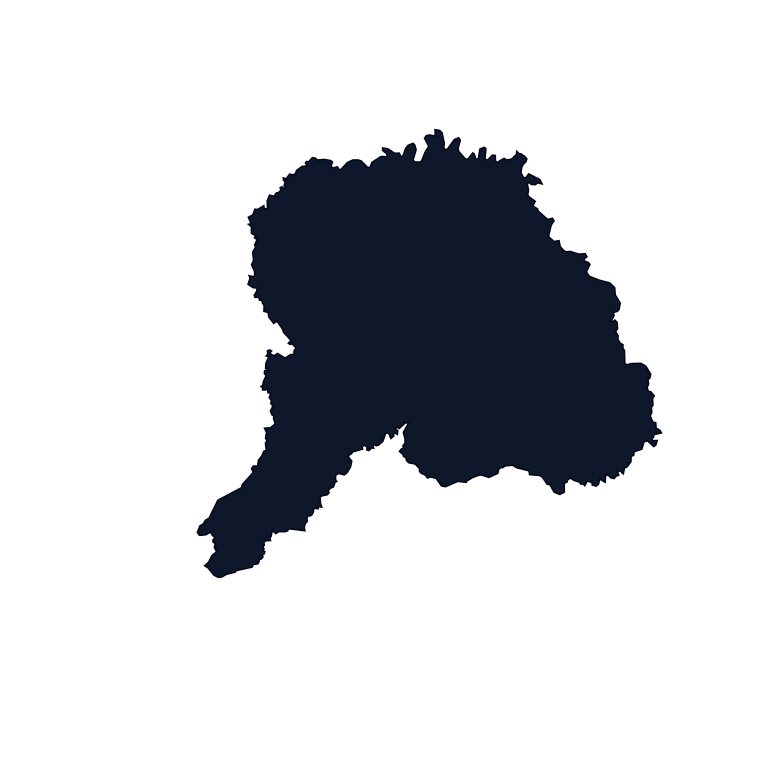 the district of Doverlândia, Goiás, Brazil, rotated 50°
{"feature_id": "56859067B97324258200448", "entity_name": "Doverlândia", "entity_type": "district", "adm_level": 2, "iso_a3": "BRA", "parent_name": "Brazil", "parent_adm1": "Goiás", "projection": "albers", "projection_center": [-52.503, -16.899], "detail": "fine", "context": "isolated", "style": "filled", "palette": "ink", "viewbox_px": 768, "rotation_deg": 50, "n_neighbors": 0, "source": "geoboundaries", "source_scale": "gbopen_adm2", "svg_char_len": 6171}
<svg xmlns="http://www.w3.org/2000/svg" viewBox="0 0 768 768"><g transform="rotate(50 384 384)"><path d="M163.8,300.3L164.2,302.2L167.6,302.4L164.6,307.1L164.2,313.9L166.0,316.7L165.1,319.6L162.5,321.2L163.8,327.0L165.7,326.6L165.4,329.7L168.0,333.2L170.3,333.1L169.7,335.1L167.2,335.3L166.9,337.6L169.0,338.0L169.6,341.3L168.4,343.7L169.4,347.6L165.7,350.2L168.5,355.7L174.3,360.1L173.6,362.4L171.8,362.6L170.1,361.4L169.1,368.5L167.1,370.5L170.1,375.7L169.0,380.8L175.7,382.7L174.5,385.2L178.3,384.5L183.3,388.7L188.3,387.0L188.6,389.3L191.8,388.5L194.3,393.7L196.6,394.5L198.5,399.8L205.4,404.5L207.6,408.9L214.6,410.9L218.1,413.5L217.1,415.7L214.3,417.7L216.8,418.6L220.3,424.2L226.2,422.3L229.0,419.5L231.1,421.9L232.6,426.5L234.7,427.2L237.1,424.2L239.7,425.5L241.9,423.7L243.4,425.0L246.8,425.4L251.2,429.4L254.6,426.8L259.0,429.3L266.7,429.6L267.1,425.6L276.7,426.5L279.9,427.8L290.8,427.2L291.2,431.1L293.1,430.7L294.2,428.6L299.7,428.3L300.8,431.7L303.5,433.9L301.5,436.3L300.5,443.1L292.1,445.9L291.7,449.8L289.0,451.5L286.7,450.9L286.5,448.9L284.4,449.6L283.6,451.9L286.4,454.0L286.8,456.3L289.0,454.7L292.1,461.1L296.0,464.8L298.3,462.9L300.8,464.1L298.0,465.1L297.1,466.9L298.8,468.8L301.9,469.1L304.6,474.9L307.0,477.6L306.9,479.9L308.8,479.2L310.4,480.9L312.5,478.6L313.0,476.3L316.1,478.6L318.4,476.7L320.6,480.7L323.9,480.7L326.2,483.3L329.4,483.3L331.7,488.4L335.3,489.7L337.6,489.0L339.4,490.8L344.6,493.0L344.5,499.2L341.0,503.9L345.6,505.2L349.4,509.7L351.8,509.9L353.2,513.0L359.1,516.8L358.2,519.5L360.4,523.4L361.7,529.2L365.6,533.6L362.8,536.8L363.7,539.9L367.6,540.9L369.9,557.1L371.8,559.8L366.2,586.0L374.2,604.0L373.6,608.4L375.0,612.6L374.3,616.3L377.7,622.4L381.1,622.7L382.6,621.0L385.1,617.1L386.0,612.0L389.5,612.8L393.2,612.2L393.3,614.7L394.5,616.4L398.0,616.1L400.0,619.0L404.8,620.1L404.8,626.1L407.7,632.8L407.9,638.2L411.8,637.0L421.1,637.2L425.7,635.2L427.6,632.3L428.6,626.8L432.5,619.1L432.1,616.9L439.5,602.8L438.3,600.0L440.7,596.3L440.0,594.1L438.2,592.4L439.3,590.4L438.6,587.7L436.7,587.3L437.2,585.0L435.9,583.1L434.6,584.5L433.7,582.3L431.1,581.2L430.4,579.2L428.2,577.9L428.0,575.5L431.0,571.5L428.8,570.7L428.2,568.4L424.4,563.7L429.0,563.1L429.6,559.3L433.5,554.9L434.6,552.1L433.5,550.2L445.6,538.9L442.8,537.4L440.6,534.7L439.8,531.0L437.5,529.4L436.0,526.8L437.8,525.2L437.7,522.6L436.3,519.8L434.6,519.2L435.0,516.7L437.3,514.5L435.4,513.3L438.4,510.8L435.2,509.7L429.7,505.8L429.8,503.6L432.4,498.6L432.1,496.1L429.8,494.9L429.4,492.1L430.4,489.0L427.9,484.7L428.3,482.8L426.3,482.6L422.9,479.9L423.3,476.3L428.1,472.9L428.2,469.1L426.0,462.8L422.3,458.2L417.0,458.2L416.0,455.8L416.6,454.0L415.9,451.7L420.2,442.2L417.9,441.0L418.5,438.2L421.8,437.6L423.3,439.6L425.3,438.4L425.1,434.4L426.6,433.1L424.4,432.2L423.9,430.4L426.3,429.8L427.3,427.4L427.2,421.7L422.7,414.2L424.9,412.1L430.2,413.8L430.2,409.9L428.4,409.0L428.7,407.0L431.3,406.2L428.8,403.6L424.8,403.7L425.6,401.7L427.9,401.1L427.6,392.5L429.7,390.3L433.4,400.3L439.2,403.0L442.7,405.8L443.4,409.2L445.6,410.4L444.9,413.0L445.6,415.6L449.9,414.8L452.1,415.6L454.5,414.6L457.0,415.9L460.0,415.8L465.4,411.6L471.4,411.2L473.8,412.9L476.4,412.9L480.0,411.0L484.1,411.1L484.9,408.4L489.6,404.8L499.0,405.5L502.2,403.0L506.1,390.0L512.2,384.3L511.6,382.4L512.8,375.9L514.8,370.0L516.4,367.9L523.1,363.6L525.6,354.3L523.1,350.8L523.1,348.2L524.5,346.7L524.7,343.8L528.8,337.8L533.6,336.1L543.8,328.7L547.0,330.8L553.9,323.8L556.9,322.6L565.6,323.5L567.8,321.7L576.3,323.2L581.6,320.4L582.8,315.4L576.0,309.7L576.8,306.5L575.5,305.1L576.0,301.5L579.7,300.6L584.8,297.4L587.4,297.6L588.4,295.8L591.0,295.6L589.0,290.5L593.7,288.1L595.1,289.5L598.7,287.1L598.6,284.0L595.5,279.9L601.5,277.7L596.1,272.6L598.4,270.8L601.7,270.6L604.4,268.5L603.8,265.7L604.8,262.7L600.3,260.9L602.9,259.0L606.7,258.5L602.9,253.7L603.8,251.1L602.3,244.8L598.3,241.2L599.2,238.6L596.7,235.9L599.7,228.4L595.5,222.1L597.0,218.7L605.3,217.6L605.5,215.0L602.9,211.0L599.9,214.7L598.2,213.9L598.2,212.0L596.4,209.6L599.9,202.9L597.0,202.3L592.6,203.8L588.3,200.7L585.9,202.5L579.5,200.5L578.1,197.3L573.7,194.1L573.2,191.6L567.8,187.6L566.8,184.6L561.4,184.6L559.4,186.2L555.9,184.7L554.0,181.2L550.4,179.1L550.5,176.8L547.9,173.3L538.8,171.9L533.4,173.8L527.3,181.3L525.8,184.8L524.4,186.2L522.4,185.8L512.9,178.2L510.1,178.0L507.7,175.7L504.1,176.8L500.0,176.0L497.6,173.7L492.4,172.8L492.0,169.7L486.7,165.8L483.4,166.0L483.2,168.3L481.9,170.0L479.4,163.6L476.6,162.3L478.4,158.6L478.1,156.2L473.9,151.0L464.3,149.5L458.5,145.3L451.6,146.1L443.0,152.2L433.5,157.4L428.4,156.9L424.7,149.3L422.0,149.5L418.2,151.5L416.9,150.1L417.0,146.7L413.5,146.1L409.8,151.2L402.0,156.2L400.0,159.3L397.4,160.5L392.1,160.7L386.7,157.7L384.1,162.1L378.1,163.1L376.4,162.7L369.8,153.8L368.3,148.8L365.3,148.4L363.2,152.8L350.6,154.7L348.9,153.8L343.2,155.4L341.3,150.7L333.6,152.6L331.4,152.2L328.5,148.7L322.5,145.3L323.2,143.2L325.7,143.0L328.4,140.3L329.0,136.7L332.4,134.3L327.6,133.2L316.1,138.0L317.1,143.1L315.4,144.4L310.1,143.2L306.7,139.3L305.3,136.3L305.0,132.3L303.3,129.8L300.2,129.9L295.9,131.0L294.1,132.5L291.1,132.7L293.2,135.0L293.7,141.7L291.2,146.1L288.3,146.9L286.9,155.3L284.3,154.9L280.5,151.8L278.3,153.8L278.9,159.8L278.1,161.9L276.1,161.5L269.3,154.7L267.1,155.0L265.6,159.5L272.2,167.1L270.7,169.0L265.8,167.0L264.0,167.4L265.6,175.3L263.9,177.0L253.7,177.2L251.0,175.6L246.3,168.8L243.4,168.5L241.9,172.9L244.8,184.4L244.1,186.2L241.7,186.6L238.3,183.0L229.1,178.1L225.7,178.2L221.9,181.4L226.9,185.5L222.5,189.0L220.9,191.9L221.7,195.0L230.7,197.0L232.4,202.7L237.4,212.1L236.7,214.3L233.7,217.6L231.3,217.9L225.1,208.7L220.4,206.7L218.2,207.0L216.6,212.2L217.3,215.9L221.4,222.8L221.1,224.9L216.9,223.9L214.1,227.5L206.1,229.9L202.3,233.3L204.1,235.0L209.3,234.0L212.1,235.4L208.2,239.4L207.5,241.3L206.5,251.0L209.0,255.2L207.6,257.3L198.4,258.1L195.8,259.7L192.3,263.9L190.8,269.7L192.1,280.4L187.6,280.1L185.9,283.9L184.2,284.8L182.3,283.5L181.0,280.8L178.7,281.1L173.7,285.2L169.5,291.1L166.9,291.3L164.5,293.4L165.3,298.9L163.8,300.3ZM165.4,329.7L163.8,327.0L161.3,328.7L163.3,330.1L165.4,329.7Z" fill="#0f172a" stroke="#020617" stroke-width="1.5"/></g></svg>